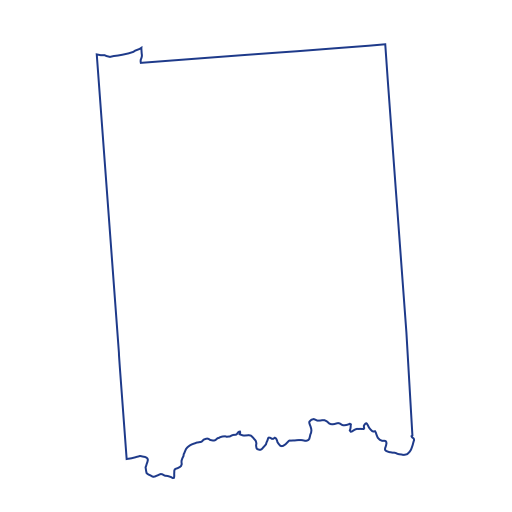 Anlong Veaeng, Siemréab, Cambodia (Natural Earth projection), rotated 176°
{"feature_id": "14789045B31734581894199", "entity_name": "Anlong Veaeng", "entity_type": "district", "adm_level": 2, "iso_a3": "KHM", "parent_name": "Cambodia", "parent_adm1": "Siemréab", "projection": "natural_earth1", "projection_center": [103.997, 14.166], "detail": "fine", "context": "isolated", "style": "outline", "palette": "blue", "viewbox_px": 512, "rotation_deg": 176, "n_neighbors": 0, "source": "geoboundaries", "source_scale": "gbopen_adm2", "svg_char_len": 4156}
<svg xmlns="http://www.w3.org/2000/svg" viewBox="0 0 512 512"><g transform="rotate(176 256 256)"><path d="M400.8,468.2L400.6,422.1L399.5,168.8L399.6,166.5L399.6,154.3L399.2,62.5L398.2,62.6L396.6,62.7L394.4,62.9L392.7,63.2L390.4,63.6L389.3,63.9L387.4,64.2L385.7,64.6L384.5,64.3L382.9,63.8L380.8,63.3L379.2,62.4L378.4,61.5L378.1,60.1L378.7,58.1L379.5,56.3L380.4,53.9L380.9,53.0L380.8,51.6L380.6,49.2L380.3,47.1L379.3,46.1L378.3,45.4L376.6,44.5L375.0,43.4L373.9,42.9L372.1,43.1L371.1,43.5L368.9,44.2L367.7,44.7L366.5,45.1L365.4,45.0L364.8,44.8L363.8,44.2L362.6,43.4L361.8,43.1L360.4,42.9L359.2,42.6L358.4,42.3L356.2,41.4L355.5,40.9L354.5,40.3L353.4,40.4L353.1,41.2L352.9,42.3L352.8,44.5L352.6,46.0L352.5,47.4L351.9,48.8L350.7,49.4L349.1,49.8L348.3,50.1L346.4,51.0L345.4,51.8L344.6,53.6L344.7,54.9L344.6,56.8L344.1,58.1L343.6,59.3L343.2,60.0L342.3,61.5L342.0,63.0L341.8,63.6L341.2,64.5L340.7,65.6L339.3,68.3L338.1,69.6L337.4,70.2L335.9,71.2L334.9,71.8L333.3,72.5L331.3,73.1L330.0,73.4L328.2,74.0L326.6,74.1L325.1,74.3L324.1,74.3L322.9,74.8L322.5,75.1L321.8,75.8L320.9,76.5L320.2,76.7L318.8,77.1L318.0,77.2L316.9,77.2L315.4,76.4L314.6,75.7L313.2,75.3L311.7,74.9L310.4,74.9L309.4,75.2L308.5,75.8L307.5,76.6L306.8,77.0L306.0,77.0L305.5,77.2L305.1,77.5L304.1,77.8L303.0,78.1L301.7,78.3L299.8,78.3L299.0,78.2L297.8,77.7L296.3,77.8L294.7,77.8L293.8,78.2L292.7,78.7L291.1,79.1L290.4,79.1L289.3,79.1L288.3,79.2L287.3,79.9L286.6,80.8L285.9,81.5L285.1,81.9L284.3,82.0L284.1,81.4L284.2,80.7L284.8,79.4L284.1,79.0L282.9,78.5L281.8,78.0L280.5,77.7L278.9,77.7L277.2,77.7L275.9,77.8L274.8,77.5L273.7,77.2L273.0,76.6L272.6,76.1L271.5,74.9L270.7,73.7L269.9,72.7L269.2,71.7L268.9,70.5L268.7,69.0L268.9,68.0L269.1,67.4L269.1,66.4L269.0,65.2L268.8,64.1L268.2,63.3L267.3,62.9L265.9,62.4L265.0,62.4L264.1,62.8L263.2,63.4L262.3,64.4L261.3,65.3L260.3,66.3L259.2,67.4L258.7,68.8L258.2,69.9L257.5,71.1L256.6,73.4L256.1,73.9L255.6,73.9L255.0,73.8L254.4,73.6L253.9,73.3L253.1,72.6L252.3,72.5L251.8,72.4L250.9,72.8L249.9,73.4L248.8,72.6L248.5,72.0L247.9,70.5L247.8,70.0L247.6,68.9L247.0,67.8L246.5,67.0L245.7,65.9L245.0,65.0L244.0,64.6L243.0,64.6L242.2,64.7L239.7,66.1L237.8,67.8L236.1,69.3L235.1,69.6L234.4,69.4L232.4,69.4L230.0,69.3L227.9,69.4L226.4,69.4L224.5,69.3L223.0,69.1L221.1,68.6L219.9,68.2L218.3,68.2L216.6,68.8L215.6,69.9L215.0,71.6L214.2,74.2L213.4,75.8L212.9,78.1L213.0,79.9L213.5,82.2L214.1,84.1L214.5,85.9L214.3,87.0L213.3,87.9L212.1,88.8L209.8,89.3L208.1,88.5L206.3,87.5L204.6,87.4L203.1,87.4L201.4,87.6L199.1,87.4L197.5,86.5L196.4,85.7L195.5,84.7L194.5,83.7L192.9,83.0L191.2,82.8L189.5,82.9L188.6,83.1L186.6,83.5L185.2,83.5L183.8,82.9L182.4,81.8L181.5,81.3L180.4,81.0L179.1,81.0L177.1,81.2L175.5,81.6L174.1,82.1L173.1,81.4L173.3,80.7L173.4,79.8L173.6,78.4L173.9,77.1L174.3,76.1L174.6,75.4L173.7,74.1L173.0,74.2L172.3,74.4L171.6,74.8L170.5,75.4L169.7,75.8L168.6,76.2L167.3,76.5L165.8,76.3L164.6,76.3L163.4,76.2L162.9,76.1L162.0,76.1L160.7,75.9L160.1,76.7L160.2,77.5L160.3,78.9L159.7,79.9L159.2,80.5L158.3,81.3L157.5,81.4L157.0,80.8L156.4,79.7L155.8,78.3L155.2,76.9L154.4,75.7L153.8,74.9L152.3,73.2L151.2,72.7L149.5,72.9L148.8,71.5L148.3,69.5L147.7,67.6L147.2,66.2L146.0,64.8L145.3,64.0L143.6,63.1L143.0,62.8L142.1,62.8L140.7,62.7L139.6,62.3L139.1,61.5L138.9,60.2L139.4,58.2L140.1,56.4L140.6,55.3L140.8,54.1L140.7,53.5L139.7,52.4L138.8,52.0L137.8,51.5L136.5,51.0L135.3,50.8L133.6,50.3L132.3,50.2L131.5,50.1L130.1,49.6L129.1,49.0L127.9,48.5L126.2,48.1L124.9,47.9L123.3,47.4L122.1,47.3L120.5,47.5L119.0,47.8L118.1,48.5L116.4,50.0L115.3,51.4L114.7,52.4L114.0,53.9L112.9,56.5L112.3,58.3L111.7,60.0L111.2,61.2L111.2,62.2L111.5,63.0L112.3,63.7L112.8,64.1L113.1,64.6L113.4,65.4L112.5,66.0L111.3,168.8L111.8,293.2L111.9,311.4L112.3,422.2L112.3,458.2L128.4,457.9L163.2,457.7L199.9,457.4L220.4,457.4L255.9,457.3L292.6,457.1L357.4,456.7L357.5,457.6L357.5,458.5L357.3,459.8L356.8,460.8L356.3,462.0L355.9,463.3L355.8,464.4L355.9,465.9L355.9,467.9L355.9,469.3L355.9,470.9L355.8,471.7L357.6,470.7L362.2,469.3L364.1,468.2L369.1,467.0L375.2,466.1L379.8,465.6L384.0,465.4L387.8,464.8L391.2,465.9L393.1,466.9L396.7,467.1L400.8,468.2Z" fill="none" stroke="#1e3a8a" stroke-width="2"/></g></svg>